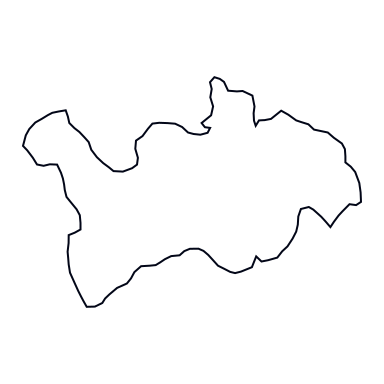 Americana, São Paulo, Brazil (Mercator projection)
{"feature_id": "56859067B58997870445641", "entity_name": "Americana", "entity_type": "district", "adm_level": 2, "iso_a3": "BRA", "parent_name": "Brazil", "parent_adm1": "São Paulo", "projection": "mercator", "projection_center": [-47.295, -22.724], "detail": "fine", "context": "isolated", "style": "outline", "palette": "ink", "viewbox_px": 384, "rotation_deg": 0, "n_neighbors": 0, "source": "geoboundaries", "source_scale": "gbopen_adm2", "svg_char_len": 1919}
<svg xmlns="http://www.w3.org/2000/svg" viewBox="0 0 384 384"><path d="M361.0,201.9L360.6,192.4L359.3,183.0L355.2,172.0L350.8,166.7L345.4,162.4L345.4,156.3L344.9,149.1L341.9,143.5L333.9,137.8L327.8,132.5L314.0,129.6L308.4,124.3L301.3,122.1L296.2,120.4L288.3,114.7L281.2,110.7L271.0,118.9L264.7,120.1L259.0,120.4L255.7,125.8L254.0,120.7L253.6,113.2L254.5,106.5L252.4,95.6L242.6,91.0L236.9,91.4L228.1,90.7L224.0,81.9L219.8,78.9L214.4,77.2L210.0,82.2L211.7,89.0L210.3,97.3L213.1,106.4L211.1,115.3L201.6,123.0L204.9,127.2L210.1,127.9L207.6,132.8L200.4,134.7L193.6,134.0L188.0,132.5L182.1,127.0L175.1,123.7L167.6,123.1L159.2,122.8L152.4,123.6L148.0,128.7L142.5,136.1L136.0,140.6L135.3,148.8L137.9,157.8L137.0,164.6L132.1,168.2L122.9,171.6L113.5,171.1L108.9,167.3L103.2,163.1L96.9,157.2L91.3,149.8L88.7,142.1L84.5,137.4L79.4,132.0L74.4,128.1L69.3,123.0L67.9,116.6L65.7,110.3L58.6,111.5L52.3,112.8L47.9,115.1L41.7,118.9L35.3,122.5L29.3,129.0L25.8,135.3L23.0,145.9L27.2,150.3L32.8,157.7L37.0,164.5L43.6,165.8L49.8,164.3L57.1,164.6L61.0,172.8L62.9,178.5L64.1,184.5L64.8,190.1L66.5,196.9L69.8,201.0L76.6,209.3L79.8,215.2L80.5,222.9L80.5,229.5L74.7,232.7L68.7,235.1L68.6,243.1L67.6,251.7L68.2,258.2L68.7,264.5L70.0,272.7L74.4,282.5L78.3,291.1L81.2,296.8L83.7,301.5L86.7,306.8L94.9,306.6L102.3,303.0L105.1,298.5L109.4,294.4L117.1,287.9L126.9,283.5L131.0,278.4L134.4,272.1L141.1,266.2L149.6,265.7L155.7,265.1L160.6,262.1L164.9,259.2L171.2,256.1L179.6,255.3L184.3,251.1L189.9,248.8L198.5,248.7L203.5,250.9L208.2,254.9L212.6,259.7L218.0,265.7L224.0,268.7L230.2,271.9L235.1,273.1L241.0,271.6L251.9,267.2L254.0,261.9L256.2,256.4L261.5,261.5L268.1,260.2L277.3,257.6L282.2,251.3L287.5,246.4L292.6,238.6L296.2,231.6L297.8,224.7L298.3,216.5L300.9,209.0L308.8,207.0L313.3,209.6L321.3,216.8L325.5,221.4L330.4,227.1L333.9,221.8L338.6,215.5L342.4,211.4L349.5,204.2L356.1,205.1L361.0,201.9Z" fill="none" stroke="#020617" stroke-width="2"/></svg>